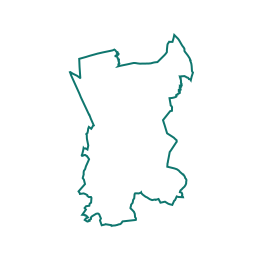 outline of Penkules pag., Dobele, Latvia, rotated 282°
{"feature_id": "27541924B17832608413476", "entity_name": "Penkules pag.", "entity_type": "district", "adm_level": 2, "iso_a3": "LVA", "parent_name": "Latvia", "parent_adm1": "Dobele", "projection": "orthographic", "projection_center": [23.225, 56.49], "detail": "fine", "context": "isolated", "style": "outline", "palette": "teal", "viewbox_px": 256, "rotation_deg": 282, "n_neighbors": 0, "source": "geoboundaries", "source_scale": "gbopen_adm2", "svg_char_len": 5404}
<svg xmlns="http://www.w3.org/2000/svg" viewBox="0 0 256 256"><g transform="rotate(282 128 128)"><path d="M170.5,59.6L168.3,61.2L168.1,61.1L151.8,73.1L149.9,74.4L148.4,75.4L147.6,76.0L132.8,87.2L132.9,87.4L129.2,89.8L123.4,94.0L122.9,93.3L120.5,92.6L119.6,92.2L120.2,91.0L120.9,89.5L119.0,89.2L116.7,89.4L114.7,89.4L113.7,88.5L113.3,88.5L113.1,89.0L109.4,89.9L108.1,90.4L102.6,92.8L98.5,92.8L99.2,90.8L99.0,90.6L99.0,88.8L99.1,88.7L96.6,88.8L93.1,88.7L91.7,88.4L91.2,88.9L91.4,89.4L92.5,91.0L92.7,92.0L91.9,93.4L92.0,93.7L91.0,94.7L91.0,94.8L89.4,96.4L87.3,96.0L81.7,94.8L78.8,94.6L77.0,93.8L75.7,93.8L74.0,94.1L73.7,94.3L69.6,94.1L68.3,95.6L64.2,97.6L55.7,92.8L55.2,93.3L54.7,94.0L53.5,94.7L54.8,98.2L54.5,100.1L53.9,102.1L53.1,102.4L52.5,103.7L52.3,104.1L52.8,106.1L52.0,106.8L47.3,107.4L46.1,106.3L43.9,106.3L42.8,103.3L40.7,102.2L39.5,103.8L33.6,101.3L34.0,103.9L33.4,104.5L33.6,105.4L32.2,107.4L31.1,106.0L30.8,105.6L29.1,104.8L28.2,107.2L28.1,107.5L28.1,107.9L28.5,108.6L29.2,109.6L29.7,109.0L31.3,110.7L32.9,110.4L34.1,111.1L37.4,114.6L37.5,114.7L38.1,116.3L38.1,116.5L37.6,117.7L37.4,117.9L36.4,118.5L35.3,119.3L33.9,120.3L31.8,119.8L27.4,122.5L28.6,125.1L29.0,125.9L29.2,126.0L29.5,131.6L29.3,131.7L29.4,131.9L28.9,132.6L29.3,133.0L29.7,134.5L30.0,135.6L30.8,137.3L31.1,138.0L31.3,138.3L31.6,138.5L32.3,140.3L33.3,141.2L35.5,142.1L39.5,154.2L39.8,154.8L40.7,154.7L41.3,154.5L42.4,153.4L45.4,152.5L47.3,151.2L48.9,148.9L50.0,147.1L50.6,147.0L52.7,147.1L53.7,147.0L55.8,148.1L58.8,148.0L60.5,148.7L64.6,148.2L65.5,148.5L65.7,149.0L66.0,150.6L66.1,151.5L66.2,152.0L67.3,153.9L67.8,154.2L67.4,154.4L66.9,154.8L66.1,155.9L65.7,156.7L64.4,159.5L64.1,161.0L62.9,164.1L62.5,166.6L63.5,168.9L63.7,169.9L63.5,170.1L64.9,172.6L61.7,175.3L63.6,179.5L62.3,183.1L62.1,184.5L62.0,187.3L66.5,188.3L67.2,189.0L71.2,189.9L71.0,191.5L71.7,196.2L72.1,196.0L73.3,194.8L74.5,194.9L75.9,193.9L76.0,192.1L76.5,192.1L77.3,192.2L78.0,192.4L79.3,193.4L80.4,194.0L81.2,194.6L82.5,195.5L84.5,196.2L85.8,196.4L87.5,196.1L88.5,196.1L89.4,195.9L90.1,195.4L91.0,194.3L91.4,194.1L92.3,193.6L92.7,193.2L93.5,192.2L93.8,192.1L94.0,191.9L93.8,191.6L95.9,187.9L96.9,186.6L97.8,184.4L98.1,181.9L98.2,178.9L98.3,174.5L101.6,174.0L102.8,174.1L103.4,174.0L109.5,173.9L113.2,173.8L114.7,174.5L124.6,178.4L124.7,178.5L126.1,178.1L127.4,175.8L128.0,175.0L129.1,172.2L130.9,167.4L131.0,167.3L138.8,163.0L140.3,162.1L143.0,160.6L153.2,165.7L154.0,167.4L157.2,166.8L157.4,166.8L158.2,166.3L158.9,165.1L159.1,165.1L159.3,165.0L165.8,162.4L166.6,165.0L167.5,166.9L167.9,167.6L168.6,168.6L168.9,168.8L169.3,168.5L169.7,168.4L170.1,168.3L170.5,168.4L170.6,168.5L170.7,168.8L170.8,169.2L170.9,169.5L171.2,169.6L171.6,169.6L171.8,169.9L172.1,170.0L172.3,170.2L172.6,170.9L173.0,171.3L173.4,171.1L173.6,170.8L173.8,170.8L174.0,171.2L174.4,171.1L174.8,171.0L175.0,170.9L175.0,170.7L174.8,170.4L174.7,170.3L174.7,170.0L175.2,169.9L175.2,170.0L175.3,170.2L175.5,170.1L175.6,169.8L175.9,169.7L176.0,169.7L176.2,169.9L176.3,170.5L176.2,170.6L176.0,171.0L176.2,171.3L176.4,171.3L176.7,171.1L176.8,171.0L176.7,170.9L176.9,170.9L177.0,171.1L177.0,171.3L177.9,170.9L178.3,170.6L178.6,170.5L178.6,170.4L178.4,170.3L178.4,170.2L178.6,170.1L179.0,170.3L179.1,170.2L179.5,170.1L179.4,170.3L179.5,170.4L179.8,170.2L179.9,170.3L179.8,170.6L179.4,170.8L179.3,171.0L179.2,171.1L179.3,171.3L179.6,171.2L180.2,171.1L180.3,171.3L181.0,170.9L181.1,171.1L181.2,171.3L181.3,171.5L181.6,171.3L181.8,171.3L182.0,171.1L182.5,171.1L182.7,170.8L183.1,170.6L183.1,170.4L183.3,170.3L183.6,170.4L184.2,170.3L184.6,170.1L185.1,170.0L185.9,169.8L186.4,169.5L186.6,169.4L187.1,169.4L187.5,169.1L188.0,169.0L188.0,168.9L187.8,168.7L188.2,168.5L188.5,168.5L188.4,168.4L188.5,168.3L188.6,168.2L188.9,168.3L189.0,168.3L188.9,168.8L189.0,168.8L189.1,168.7L189.3,168.4L190.5,172.4L190.3,172.9L190.3,173.4L190.1,174.0L189.7,174.7L189.7,175.3L189.7,175.9L189.5,176.4L189.0,177.0L188.5,177.4L188.7,178.6L187.8,179.5L188.8,179.5L191.7,179.6L195.7,180.0L196.6,179.0L197.2,178.7L198.2,178.4L201.8,177.4L204.0,176.6L205.4,175.8L207.1,174.7L207.3,175.0L208.4,174.2L209.2,173.6L211.4,171.4L214.8,167.4L215.2,167.2L217.2,166.7L217.6,166.4L218.7,165.3L219.3,164.5L220.6,163.2L224.4,159.8L225.7,158.4L226.1,157.8L228.6,153.9L225.6,153.9L221.5,153.6L220.9,150.6L220.9,150.3L218.2,149.3L217.3,149.3L212.6,149.8L210.5,150.2L210.1,150.2L208.0,149.2L206.8,148.5L198.6,143.1L197.8,140.6L197.2,139.2L196.0,136.9L195.7,135.9L195.4,135.0L193.4,126.2L193.2,124.4L193.1,121.9L192.8,120.1L192.2,118.7L190.6,115.2L187.2,107.4L186.3,105.5L187.1,106.0L187.4,106.1L187.6,106.1L187.9,105.5L188.0,105.4L188.6,105.4L188.8,105.5L189.0,105.8L189.2,106.0L189.3,106.1L189.6,106.0L190.1,105.5L191.4,105.2L191.5,104.8L191.8,104.6L192.2,104.7L192.3,105.0L193.2,104.9L193.3,104.8L193.3,104.1L193.5,103.7L193.8,103.5L194.5,103.3L196.0,101.9L196.0,101.5L195.6,101.2L195.6,100.8L195.8,100.7L196.1,100.9L196.8,101.5L197.1,102.0L197.6,103.2L198.1,103.4L198.5,103.4L198.7,103.2L198.8,102.8L199.0,102.4L198.8,101.7L199.0,101.5L199.3,101.6L199.5,102.0L199.9,102.1L200.0,101.9L199.9,101.8L199.8,101.6L199.9,101.2L200.3,100.8L200.7,100.1L201.3,99.5L201.9,98.8L202.1,98.8L202.3,98.9L200.7,96.8L200.6,96.5L199.6,94.3L197.9,90.4L196.9,88.1L194.4,82.7L193.3,80.6L190.7,75.6L189.7,73.8L188.9,72.4L185.5,65.9L177.7,67.9L167.2,70.9L167.0,70.7L168.5,67.3L169.7,62.6L170.7,59.9L170.5,59.6Z" fill="none" stroke="#0f766e" stroke-width="2"/></g></svg>